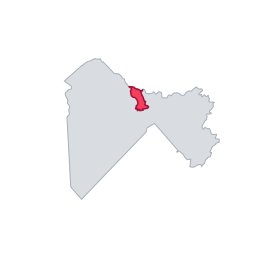 location of Douentza, Mopti, Mali, rotated 229°
{"feature_id": "8926073B88686388091277", "entity_name": "Douentza", "entity_type": "district", "adm_level": 2, "iso_a3": "MLI", "parent_name": "Mali", "parent_adm1": "Mopti", "projection": "natural_earth1", "projection_center": [-2.566, 15.116], "detail": "fine", "context": "in_parent", "style": "filled", "palette": "rose", "viewbox_px": 256, "rotation_deg": 229, "n_neighbors": 0, "source": "geoboundaries", "source_scale": "gbopen_adm2", "svg_char_len": 5548}
<svg xmlns="http://www.w3.org/2000/svg" viewBox="0 0 256 256"><g transform="rotate(229 128 128)"><path d="M58.6,185.0L58.7,184.2L58.1,183.6L58.1,183.3L58.4,180.9L58.4,180.3L58.7,179.1L58.3,178.5L58.2,178.1L57.2,176.6L56.9,175.3L56.4,174.4L55.3,174.1L54.8,174.9L54.6,175.0L54.1,174.4L54.0,174.0L54.0,173.6L52.5,171.5L52.6,170.4L53.2,169.8L53.4,168.8L52.9,167.7L53.0,166.7L52.9,165.2L52.0,163.9L51.4,163.3L51.0,162.4L51.4,160.3L50.5,158.5L52.2,159.2L52.9,158.6L53.7,157.7L54.4,156.5L54.7,155.0L54.8,153.7L55.5,151.7L56.3,150.8L57.9,149.4L58.4,149.5L61.0,152.5L62.5,154.0L63.1,154.8L63.6,154.8L64.3,153.3L65.1,152.1L65.5,151.8L68.1,151.6L69.5,151.8L70.8,152.2L72.5,152.3L77.2,151.4L77.3,150.8L77.2,150.1L77.4,149.6L77.8,149.1L78.1,149.0L78.2,150.6L78.6,150.9L79.7,151.0L114.1,151.0L115.6,142.3L113.1,139.1L104.7,46.1L121.0,46.1L123.8,48.2L176.3,89.1L176.6,90.5L176.5,92.3L176.9,92.8L177.7,93.4L180.7,95.2L180.9,95.5L181.0,96.2L181.4,97.1L182.0,97.6L182.8,98.0L183.6,98.3L186.4,98.6L186.9,99.0L188.1,100.6L188.7,100.9L192.4,101.8L193.6,102.2L194.9,103.0L195.6,103.6L195.6,106.2L196.1,107.8L196.1,108.2L195.5,108.9L195.4,109.4L194.7,110.7L194.9,111.2L196.1,112.2L196.8,112.5L197.5,112.5L205.2,110.8L205.5,134.4L205.2,134.8L205.0,139.0L204.5,141.5L203.5,143.3L202.9,146.0L202.5,146.6L202.3,148.1L201.7,149.0L200.7,149.4L198.9,151.1L198.8,152.5L194.6,151.7L194.3,151.8L194.2,151.9L194.1,152.7L183.4,153.1L178.1,153.4L174.8,156.6L172.7,156.9L170.0,156.7L168.6,156.7L168.1,156.8L167.9,157.4L163.7,155.8L162.1,156.3L161.8,156.1L161.6,155.8L160.9,155.6L159.6,155.7L158.8,155.9L156.0,158.4L154.6,159.1L151.9,160.6L150.0,161.8L149.3,162.1L148.2,162.1L147.4,162.4L146.6,165.3L146.1,165.6L142.8,164.4L142.2,164.6L141.6,164.9L139.8,166.6L138.9,168.0L138.4,169.8L138.5,171.0L138.2,171.3L137.3,171.4L135.8,171.0L135.4,171.2L135.2,172.1L135.2,174.0L134.9,175.4L134.0,175.8L133.3,176.3L132.7,176.4L132.3,176.3L129.7,174.3L128.8,174.0L127.8,174.2L126.9,175.1L125.2,177.1L125.4,177.9L125.8,178.7L126.2,179.8L126.1,180.7L123.8,182.1L124.3,183.1L124.2,185.7L123.1,187.0L122.7,187.8L121.7,188.6L120.7,189.1L117.8,189.8L116.7,190.7L116.1,191.4L116.0,192.1L116.1,192.9L116.7,194.7L116.5,196.3L116.0,198.2L115.5,199.0L114.2,200.0L114.4,201.2L114.5,203.0L114.3,205.2L113.9,206.8L113.5,206.6L112.2,206.7L110.8,207.2L110.3,207.6L110.2,208.1L109.0,209.3L108.2,209.2L107.5,208.9L107.1,208.6L107.1,208.4L107.5,207.4L107.6,207.1L107.1,205.3L107.2,204.9L107.0,203.6L106.9,203.5L105.3,204.1L105.3,204.3L105.5,205.2L105.4,205.3L104.8,205.3L104.0,205.0L103.2,204.2L103.0,204.5L102.9,205.1L102.8,205.8L103.0,207.1L102.8,207.6L101.5,207.5L100.4,207.7L100.1,208.2L100.0,208.7L100.2,209.3L100.2,209.5L99.7,209.9L98.9,209.2L96.5,208.6L96.3,207.7L96.0,207.7L95.2,206.6L94.9,206.7L94.6,206.8L93.7,206.8L92.8,207.7L92.2,208.9L91.6,209.4L90.5,209.7L90.7,208.9L90.4,207.9L88.3,206.6L88.0,206.1L87.4,203.2L87.4,202.4L87.6,201.6L87.5,201.0L87.3,200.6L86.7,200.1L86.0,199.9L85.2,200.5L84.8,200.6L84.4,200.6L84.2,200.4L84.2,200.1L85.2,198.5L85.6,197.9L86.5,197.1L86.7,196.7L86.8,196.4L86.7,196.2L86.1,195.9L85.2,195.2L84.7,195.1L84.3,194.8L83.8,193.7L83.6,193.4L83.2,193.3L82.8,193.1L82.8,190.3L81.9,188.3L81.2,185.7L80.7,185.0L80.0,184.5L79.1,184.1L78.3,184.1L77.4,184.3L77.4,184.6L77.9,185.4L78.0,185.9L77.9,186.3L77.8,186.7L76.5,186.9L74.9,187.9L74.4,189.0L74.0,189.1L73.4,189.0L69.1,187.1L67.3,187.9L66.1,189.6L65.8,190.1L65.3,190.6L65.0,190.6L64.7,190.3L63.4,187.8L62.9,187.2L62.2,187.2L61.7,187.6L61.0,188.4L60.3,189.2L59.8,189.4L59.4,189.3L57.6,187.6L57.5,187.3L58.4,185.3L58.6,185.0Z" fill="#d9dde1" stroke="#a8b0b8" stroke-width="1"/><path d="M138.6,158.4L139.1,158.4L139.4,158.5L139.8,158.8L140.1,159.1L141.9,159.7L146.2,160.8L146.4,161.1L146.6,161.7L146.6,162.4L147.0,163.7L147.1,163.8L147.1,163.6L147.2,163.4L147.3,163.2L147.3,162.9L147.3,162.7L147.3,162.4L147.3,161.9L147.8,161.8L148.4,161.7L148.9,161.5L149.5,161.4L149.8,161.3L150.2,161.1L150.6,160.9L150.9,160.7L151.2,160.5L151.4,160.4L151.7,160.1L152.2,159.8L153.0,159.4L153.3,159.3L153.6,159.2L153.9,159.2L154.2,159.2L154.5,159.2L154.9,159.1L155.2,159.0L155.5,158.9L155.7,158.7L155.8,158.6L155.9,158.4L156.0,158.3L156.0,158.2L156.5,157.8L156.8,157.6L157.4,157.1L157.9,156.6L158.0,156.5L158.2,156.4L158.3,156.3L158.4,156.2L158.5,156.1L158.7,155.9L158.8,155.8L158.9,155.7L156.7,156.4L155.8,156.5L155.0,156.1L154.5,154.5L153.6,153.6L152.8,153.3L151.8,152.6L150.1,151.7L148.8,151.8L148.0,152.0L147.0,152.8L145.8,153.4L144.2,153.3L142.9,153.1L142.1,152.9L141.5,152.4L140.3,151.9L139.4,150.8L139.2,150.0L139.4,149.1L139.1,148.6L138.8,148.3L138.5,148.0L138.3,147.7L138.2,147.4L138.1,147.0L137.9,146.9L137.8,146.6L137.6,146.6L137.4,146.9L137.3,147.1L137.2,147.3L137.1,147.2L136.9,146.9L136.8,147.1L136.7,147.3L136.1,147.4L135.9,147.4L136.0,147.3L135.9,147.2L136.0,147.0L135.9,147.0L135.6,147.0L135.4,147.0L135.3,146.8L135.2,146.7L134.9,146.7L134.9,146.9L135.2,147.0L134.9,147.3L134.8,147.5L134.7,147.6L134.7,147.8L134.8,147.8L134.9,148.0L134.9,148.3L134.9,148.5L134.6,148.5L134.4,148.6L134.0,148.6L133.7,148.4L133.2,148.4L132.9,148.9L132.7,149.4L132.6,149.5L132.4,150.1L132.1,150.5L131.7,150.8L131.6,151.0L132.2,151.5L132.7,151.8L132.1,152.3L131.4,153.5L130.5,154.9L130.1,156.2L130.2,157.0L130.5,157.3L131.2,157.0L131.8,157.4L133.3,156.5L134.2,155.9L134.3,155.9L134.3,156.1L134.7,156.5L135.1,156.9L135.8,157.1L136.0,157.3L136.1,157.5L136.1,158.1L136.1,158.3L136.3,158.5L136.6,158.4L136.9,158.1L137.2,158.2L137.5,158.1L137.8,158.2L137.9,158.4L138.1,158.5L138.4,158.4L138.6,158.4Z" fill="#f43f5e" stroke="#9f1239" stroke-width="1.5"/></g></svg>